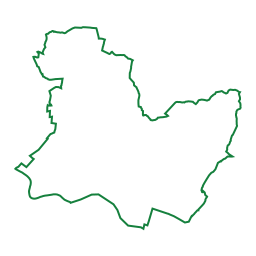 the district of Harau, Hunedoara, Romania
{"feature_id": "2599482B17329602962763", "entity_name": "Harau", "entity_type": "district", "adm_level": 2, "iso_a3": "ROU", "parent_name": "Romania", "parent_adm1": "Hunedoara", "projection": "mercator", "projection_center": [22.984, 45.914], "detail": "fine", "context": "isolated", "style": "outline", "palette": "green", "viewbox_px": 256, "rotation_deg": 0, "n_neighbors": 0, "source": "geoboundaries", "source_scale": "gbopen_adm2", "svg_char_len": 5534}
<svg xmlns="http://www.w3.org/2000/svg" viewBox="0 0 256 256"><path d="M53.5,31.4L52.9,31.0L52.4,31.0L51.5,31.6L51.0,31.9L50.2,32.1L49.8,32.2L49.1,32.7L48.6,33.3L48.4,33.6L48.0,33.8L47.4,33.8L46.8,34.0L46.3,34.2L46.0,34.5L45.9,34.7L46.3,35.5L46.3,36.0L46.6,37.2L46.6,39.0L46.4,39.8L46.3,40.2L45.9,41.1L45.3,42.2L45.3,42.7L45.0,43.6L44.5,44.8L45.4,47.3L44.0,49.0L43.0,51.4L42.6,52.7L43.1,53.9L42.4,53.7L41.0,52.8L39.8,52.2L38.2,51.6L37.4,52.0L38.8,53.7L38.3,57.3L37.1,57.5L35.2,56.8L33.9,56.8L33.4,56.9L33.8,58.3L34.6,60.1L36.7,64.5L37.2,66.3L38.7,67.0L40.0,70.4L40.4,71.7L41.1,72.8L41.9,74.3L42.5,74.1L43.0,76.5L44.0,76.8L45.8,78.1L47.6,78.7L48.1,79.3L49.7,79.8L51.5,79.7L55.5,79.1L62.6,78.7L62.2,80.7L62.0,82.9L61.7,83.5L61.5,85.2L61.0,85.9L61.2,88.3L58.5,87.1L55.9,87.0L54.2,87.9L49.4,91.1L50.8,95.7L50.0,100.1L49.4,102.2L49.7,102.8L49.6,103.8L51.0,104.6L51.4,105.5L50.8,105.6L48.1,105.6L47.7,105.3L47.3,107.2L47.2,111.5L50.0,110.9L49.7,117.1L50.7,117.0L52.0,116.7L51.5,123.0L55.9,123.7L55.3,129.2L54.9,130.2L54.7,130.8L54.3,132.1L54.3,132.5L53.8,132.8L53.2,132.9L52.6,133.2L51.6,133.7L50.6,134.0L50.1,134.5L46.9,138.3L47.7,138.8L38.6,149.8L30.5,155.4L29.9,155.8L32.4,158.1L33.7,159.0L26.4,167.1L21.4,163.4L18.4,166.8L16.3,167.8L15.4,168.8L16.2,169.4L17.9,170.3L19.5,171.2L22.3,172.6L23.9,173.8L25.7,175.0L27.0,176.0L27.8,176.7L28.4,177.4L29.1,178.1L29.7,179.0L30.4,180.2L30.7,181.3L30.8,182.6L30.7,183.9L30.5,185.1L30.0,186.5L29.8,187.8L29.4,189.2L29.0,191.1L29.1,192.7L29.3,193.9L29.5,195.0L29.7,195.7L30.0,196.6L30.5,197.2L31.4,198.0L32.5,198.4L34.0,198.7L35.4,198.6L37.0,198.2L38.5,197.7L40.3,196.9L41.8,196.5L43.3,196.0L45.2,195.6L47.1,195.4L51.7,194.7L53.6,194.3L55.3,194.3L57.1,194.5L58.4,195.0L59.9,195.6L60.9,196.4L62.0,197.5L62.9,198.3L64.5,199.7L66.8,200.8L68.5,201.5L70.2,202.1L70.6,202.8L80.7,199.5L91.7,194.6L98.5,194.4L113.5,204.3L117.4,210.0L120.4,218.1L128.1,225.6L140.9,227.3L143.4,228.8L144.4,224.4L147.4,225.4L148.7,221.5L152.5,208.6L167.5,213.6L168.4,213.8L169.8,214.5L173.9,216.2L175.5,217.1L178.9,219.0L184.9,222.5L188.8,221.7L190.0,219.3L191.0,217.2L191.6,216.2L191.8,216.4L192.0,216.2L193.6,214.5L194.1,214.1L194.8,213.1L195.8,212.1L197.2,210.5L197.7,210.2L198.4,210.3L198.5,209.4L202.6,205.0L203.9,203.5L205.4,200.7L205.4,199.6L206.0,198.3L206.7,197.4L207.1,196.6L206.9,196.4L206.3,195.9L205.2,194.9L205.0,193.8L204.7,192.5L204.3,192.1L203.5,191.4L203.5,191.5L202.9,191.5L202.6,191.8L202.6,192.2L202.3,192.2L202.1,192.1L201.9,191.0L201.5,190.6L201.5,190.1L201.9,188.2L202.1,187.6L202.8,186.7L202.9,185.7L204.6,182.6L206.6,179.3L209.1,175.3L211.3,172.8L213.3,171.8L215.4,169.3L217.2,164.8L217.9,162.9L220.7,161.1L221.0,161.4L221.7,160.7L222.6,159.9L224.1,158.9L225.2,158.6L227.3,156.7L227.7,156.5L231.9,156.6L232.5,156.5L229.1,154.3L228.2,153.4L227.9,153.0L226.2,151.6L227.2,149.7L227.1,148.0L227.7,145.5L229.1,144.5L229.8,142.8L230.1,141.7L230.8,140.8L230.7,139.6L232.0,135.5L232.8,134.9L233.8,132.8L234.7,130.9L237.0,126.0L237.0,125.7L236.9,125.2L236.7,124.3L236.7,123.9L236.7,123.2L236.7,122.7L236.6,121.0L236.7,119.8L236.7,118.2L236.6,117.9L236.3,117.2L236.3,116.6L236.0,115.6L236.0,114.0L236.1,113.6L236.4,113.1L236.4,112.5L236.3,112.0L236.7,111.0L237.2,110.1L237.9,109.6L240.2,108.6L240.6,107.6L240.4,106.6L240.5,105.6L240.5,104.9L240.3,103.3L238.9,101.2L240.0,99.4L240.0,97.9L239.8,96.9L238.9,93.9L239.9,92.2L239.3,92.1L238.9,91.9L237.0,90.5L235.1,89.8L233.3,90.0L230.2,89.6L228.6,90.5L227.4,92.9L226.0,93.5L224.7,92.8L223.6,92.4L222.3,91.3L221.5,91.1L220.0,91.6L218.1,91.9L215.9,92.3L215.0,94.1L214.1,94.4L213.1,95.0L212.5,95.8L211.8,96.1L210.8,97.2L210.4,97.7L209.4,99.4L209.0,99.8L208.8,99.8L207.0,100.6L206.4,100.4L204.2,99.9L202.8,99.7L201.6,99.6L199.1,100.1L198.5,100.5L197.2,102.7L196.5,103.3L195.8,104.1L194.4,103.2L193.0,102.0L192.9,101.8L190.6,101.5L188.1,101.3L187.2,101.6L186.2,101.6L185.4,101.8L184.4,102.5L183.7,102.3L182.2,102.5L179.8,102.0L178.9,102.1L178.0,102.0L177.3,101.9L176.5,102.0L175.9,102.2L175.7,102.3L175.0,102.9L165.1,113.6L167.1,115.0L168.0,115.9L166.5,116.6L165.2,116.8L162.9,117.2L160.6,117.3L158.8,117.6L157.8,117.7L157.1,118.8L155.3,119.9L153.8,120.1L152.4,120.4L152.1,120.3L151.3,120.2L150.8,120.1L150.5,119.9L150.4,119.6L150.4,119.3L149.6,118.6L149.2,118.1L148.6,117.5L148.0,116.5L147.7,116.2L147.0,115.9L146.7,115.7L146.4,115.3L146.2,115.1L145.8,115.0L145.4,115.0L144.9,115.0L143.7,115.4L143.5,115.5L143.3,115.5L143.2,115.5L143.1,115.4L143.0,115.2L142.9,114.4L143.0,114.1L142.9,113.7L143.0,111.0L141.8,110.1L141.8,109.7L141.8,108.8L141.5,108.3L140.6,107.4L140.7,107.0L138.7,106.5L138.5,104.7L138.4,102.8L138.4,100.1L139.2,96.7L139.4,95.3L139.2,93.9L138.7,93.2L138.5,92.0L137.9,90.5L136.8,88.3L136.5,87.3L134.1,85.4L133.8,82.6L131.1,79.7L129.7,78.0L129.8,73.0L130.4,71.4L131.1,68.1L131.1,66.4L131.3,65.7L131.9,62.2L132.1,61.3L132.8,60.3L130.1,58.9L128.1,58.6L126.7,57.1L125.5,56.4L124.6,55.3L123.9,55.0L122.2,55.1L120.6,55.0L116.3,55.2L115.0,54.7L114.1,54.1L112.0,51.8L111.4,52.1L110.5,53.4L109.5,54.0L109.1,53.9L107.2,52.9L102.1,50.5L102.9,46.7L103.3,45.7L103.4,44.9L103.6,44.4L103.8,43.9L103.9,43.5L103.9,42.9L104.0,42.3L104.3,41.2L104.7,40.2L104.9,39.6L104.2,39.4L103.1,39.0L101.9,38.7L100.6,38.6L99.7,38.6L99.1,38.6L98.8,38.6L98.7,37.6L98.5,36.6L96.6,29.0L96.3,28.2L92.0,27.9L90.2,27.6L85.8,27.3L83.5,27.2L82.9,27.2L81.8,27.6L81.4,27.8L78.9,27.7L75.0,27.5L72.5,28.4L69.3,30.3L67.5,31.3L65.7,32.8L64.7,33.2L64.2,33.1L62.1,32.4L60.4,32.7L59.1,32.4L57.5,32.3L55.5,31.9L54.8,31.5L54.0,31.9L53.8,31.7L53.5,31.4Z" fill="none" stroke="#15803d" stroke-width="2"/></svg>